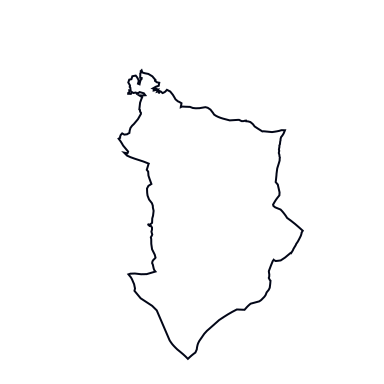 outline of Cornea, Caras-Severin, Romania, rotated 141°
{"feature_id": "2599482B15009159935229", "entity_name": "Cornea", "entity_type": "district", "adm_level": 2, "iso_a3": "ROU", "parent_name": "Romania", "parent_adm1": "Caras-Severin", "projection": "robinson", "projection_center": [22.32, 45.012], "detail": "fine", "context": "isolated", "style": "outline", "palette": "ink", "viewbox_px": 384, "rotation_deg": 141, "n_neighbors": 0, "source": "geoboundaries", "source_scale": "gbopen_adm2", "svg_char_len": 4361}
<svg xmlns="http://www.w3.org/2000/svg" viewBox="0 0 384 384"><g transform="rotate(141 192 192)"><path d="M215.5,279.6L215.5,278.9L215.6,276.4L215.9,273.9L216.3,271.4L216.2,263.6L217.0,263.1L217.8,262.7L220.0,265.3L219.7,262.4L219.6,261.2L217.9,257.8L215.6,254.0L210.8,246.6L209.9,245.1L207.8,241.3L208.0,241.2L213.2,237.7L213.2,235.5L214.8,233.2L215.5,232.2L216.6,229.3L218.5,223.8L220.3,224.0L222.0,224.2L224.8,223.0L227.4,219.5L228.8,217.2L230.1,213.2L230.2,208.5L231.1,206.0L232.2,204.5L233.7,201.5L237.2,198.1L239.5,196.5L242.4,193.2L243.5,193.1L245.5,193.2L246.7,194.9L246.3,192.2L245.8,191.7L245.2,191.2L245.5,189.5L246.8,187.9L248.5,186.7L249.7,183.9L250.9,183.3L252.5,182.7L253.3,181.1L256.3,177.3L259.1,172.6L260.4,166.7L261.7,163.9L262.8,163.7L263.8,163.6L264.8,163.5L265.9,163.2L267.0,162.5L267.8,161.7L268.1,160.3L270.0,156.5L270.5,154.7L270.5,153.2L278.9,156.7L283.3,160.1L287.7,164.6L291.3,167.3L293.2,168.0L293.2,164.7L293.2,164.0L293.6,161.8L294.2,159.7L294.4,159.0L295.0,156.8L296.0,154.9L297.0,152.9L297.9,152.2L298.9,151.4L298.8,141.7L294.6,128.6L293.9,122.2L302.7,91.0L302.8,90.5L303.0,88.2L303.1,86.0L303.0,83.7L302.8,81.4L302.5,78.9L301.7,75.1L301.0,71.4L300.5,68.1L300.2,64.9L297.7,65.1L295.3,65.2L292.8,65.2L290.4,65.1L287.3,66.7L286.2,67.8L285.0,68.8L283.7,69.8L282.4,70.6L280.2,71.6L271.7,74.1L267.8,74.7L251.3,75.4L246.2,74.9L241.1,74.3L236.1,73.5L231.1,72.5L225.3,67.4L223.5,67.7L221.7,68.0L219.9,68.2L218.1,68.3L216.7,68.3L208.6,64.7L206.3,64.5L201.8,65.0L199.9,65.5L198.4,66.3L197.2,67.0L193.9,67.7L191.8,68.7L191.4,69.1L189.0,71.4L186.8,73.7L186.9,74.7L186.4,76.9L185.3,77.6L183.8,79.3L182.9,80.9L182.2,82.0L181.5,82.5L176.7,85.3L172.7,87.5L171.2,87.9L171.2,87.6L170.4,85.7L168.1,84.2L166.1,83.0L161.0,82.5L153.7,82.6L153.5,82.1L150.6,83.1L150.1,83.3L148.8,84.0L144.9,85.4L143.6,86.1L141.8,86.6L140.4,87.1L138.5,87.9L136.7,88.7L135.0,89.5L134.2,90.0L133.3,90.6L132.8,91.0L132.3,91.5L130.3,92.2L131.1,97.2L132.0,102.2L133.1,107.1L134.4,112.0L134.1,114.7L134.0,117.3L134.0,119.9L134.2,122.6L137.0,127.7L137.5,129.9L136.9,131.2L134.3,132.2L131.7,133.1L129.0,133.8L126.2,134.4L124.2,136.6L120.6,143.9L120.7,144.4L120.7,145.9L120.7,147.1L119.6,148.1L116.0,151.7L114.7,153.1L110.9,156.7L106.4,159.7L104.1,161.3L102.9,162.7L102.0,163.5L101.6,164.6L100.7,165.9L100.0,167.7L98.3,169.1L97.9,170.1L96.4,171.5L95.8,171.9L94.9,173.1L93.6,173.8L92.0,175.4L91.7,175.7L90.5,176.6L89.9,177.4L88.2,178.6L87.2,178.8L86.3,179.0L84.0,179.8L81.6,181.1L80.9,181.5L83.7,183.8L85.9,184.7L88.0,185.8L90.1,187.0L92.1,188.2L98.1,194.1L99.2,194.8L101.0,200.1L102.1,203.6L102.0,205.1L102.0,206.6L102.6,209.6L104.0,211.6L105.4,212.9L105.1,213.5L106.0,214.1L107.1,214.5L108.8,215.8L109.1,216.4L110.0,218.4L110.7,219.0L113.8,221.2L117.6,223.9L121.7,229.5L122.9,231.3L123.9,233.0L124.3,233.7L125.3,235.8L125.8,237.3L126.1,238.2L125.9,240.2L125.8,244.4L126.8,247.6L128.2,249.5L133.7,252.6L136.6,254.9L138.5,256.8L140.0,259.4L143.1,262.1L146.0,264.7L147.3,265.0L146.7,265.6L146.0,266.1L144.3,267.6L144.5,268.2L144.7,268.7L144.9,269.2L145.4,270.4L145.9,271.3L146.5,274.4L146.2,276.1L145.7,279.6L145.7,281.4L145.7,281.9L145.7,283.8L147.2,287.2L149.7,286.8L151.7,287.1L152.6,287.4L153.0,289.6L153.6,290.7L155.7,289.4L154.4,291.3L155.9,291.9L153.8,292.9L157.9,295.0L157.7,295.2L153.9,293.9L156.3,295.7L157.2,297.1L153.6,296.5L151.0,295.5L149.9,296.5L148.7,297.5L150.2,299.3L150.8,301.6L150.3,302.4L149.9,302.3L150.0,305.4L150.0,306.8L151.6,311.2L154.1,314.2L155.4,316.2L154.6,318.3L155.8,318.2L156.2,316.9L157.5,316.8L158.7,315.3L160.4,313.4L159.4,312.2L160.2,311.5L161.4,311.4L162.9,310.4L164.4,309.2L165.0,308.7L165.8,310.2L163.9,311.5L162.9,313.0L162.8,314.3L162.6,315.0L162.5,315.7L162.5,317.9L165.5,319.5L168.1,317.8L170.1,318.8L172.6,317.2L173.0,314.5L173.4,313.4L174.3,312.9L174.3,311.8L175.2,310.5L175.8,309.5L176.5,310.1L176.8,310.4L177.3,309.2L179.3,309.1L179.8,308.5L177.7,306.7L175.8,307.4L175.2,305.8L173.1,304.7L172.9,303.3L171.6,303.0L171.5,302.6L169.8,302.6L167.3,299.0L167.4,296.6L169.9,298.3L172.2,300.3L171.1,297.0L173.0,296.0L176.1,294.1L181.0,289.3L180.8,288.6L181.8,287.0L181.8,285.8L182.6,284.8L188.2,282.6L194.4,281.4L196.9,281.2L199.5,280.5L201.7,279.0L203.5,277.3L205.0,277.6L206.1,277.7L208.5,279.2L209.4,281.5L211.4,281.2L211.7,281.0L212.9,280.4L213.8,279.3L214.5,279.5L215.5,279.6Z" fill="none" stroke="#020617" stroke-width="2"/></g></svg>